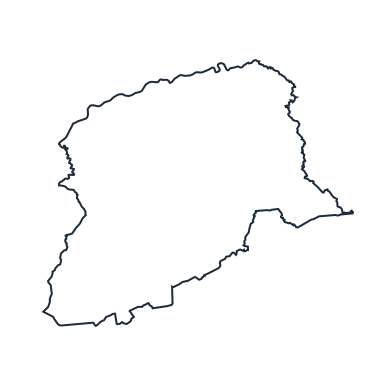 Las Lajas, El Oro, Ecuador (Mercator projection), rotated 175°
{"feature_id": "8360857B7040191128771", "entity_name": "Las Lajas", "entity_type": "district", "adm_level": 2, "iso_a3": "ECU", "parent_name": "Ecuador", "parent_adm1": "El Oro", "projection": "mercator", "projection_center": [-80.108, -3.799], "detail": "fine", "context": "isolated", "style": "outline", "palette": "slate", "viewbox_px": 384, "rotation_deg": 175, "n_neighbors": 0, "source": "geoboundaries", "source_scale": "gbopen_adm2", "svg_char_len": 5949}
<svg xmlns="http://www.w3.org/2000/svg" viewBox="0 0 384 384"><g transform="rotate(175 192 192)"><path d="M33.8,156.7L33.4,157.8L34.6,159.5L35.1,159.3L35.8,158.1L37.3,157.7L40.2,157.6L42.0,158.3L43.8,157.9L44.1,161.3L44.5,162.4L45.7,163.8L47.8,164.6L48.3,165.1L48.2,169.1L49.0,170.2L48.2,171.9L48.2,172.4L51.8,174.8L55.0,180.3L56.5,181.4L56.8,182.8L59.6,182.0L60.9,180.0L62.0,180.2L66.1,185.7L70.5,190.4L69.9,191.4L70.4,192.1L71.5,192.7L73.5,192.5L75.6,195.0L78.1,195.7L78.6,196.1L78.2,197.3L77.4,197.7L76.3,197.7L75.9,198.4L78.4,203.2L80.5,205.1L79.5,205.9L79.8,207.3L78.8,206.7L78.3,207.0L78.2,208.1L78.9,209.2L78.8,210.1L78.2,210.5L78.6,212.2L77.8,212.9L76.9,212.7L76.4,213.1L77.7,216.2L77.5,217.8L76.8,219.2L78.1,220.6L78.0,221.5L78.6,221.3L79.3,221.7L78.2,223.5L78.4,224.0L78.0,224.5L78.6,225.3L78.6,226.4L78.0,227.4L77.1,227.5L76.2,230.0L75.1,230.2L75.1,231.5L75.9,232.5L76.4,234.1L78.1,234.8L77.4,235.9L77.5,236.5L82.2,242.4L81.2,243.7L81.7,246.0L79.6,248.8L79.0,250.4L79.7,251.0L79.9,252.4L80.8,253.3L83.8,254.2L85.4,255.3L86.2,257.3L87.3,257.7L89.1,260.0L89.4,261.3L88.4,261.9L87.5,263.2L88.7,265.8L88.7,266.7L88.4,267.2L89.1,267.3L89.3,268.5L90.0,269.1L90.5,268.3L91.0,268.3L91.4,269.5L89.9,269.8L88.1,269.6L87.4,270.4L87.7,272.7L85.5,273.6L85.8,274.7L84.6,274.4L84.7,274.0L83.8,272.6L82.0,274.1L81.2,276.6L79.8,277.2L81.0,277.5L81.4,278.5L82.0,278.8L82.5,279.7L84.2,279.6L84.6,280.5L84.5,281.2L82.8,283.4L82.6,284.2L83.0,285.0L83.1,286.8L81.2,287.8L80.1,287.6L80.0,288.1L81.2,289.0L81.0,290.2L82.9,291.8L83.6,293.4L84.1,293.6L84.8,293.0L85.4,293.1L85.9,294.7L87.5,295.0L89.8,298.7L91.6,299.8L92.7,301.1L94.5,301.7L94.9,302.6L95.0,303.8L96.3,305.1L97.9,305.4L100.1,306.6L101.0,308.5L102.6,308.2L102.4,309.1L103.3,309.7L104.2,309.4L105.3,308.4L105.7,308.5L106.3,310.3L107.9,310.9L109.1,310.8L110.3,312.4L111.5,312.7L112.2,313.4L113.3,313.4L114.0,314.0L114.2,314.6L113.6,316.2L115.6,316.6L116.8,317.8L119.1,317.5L121.6,315.3L124.3,315.2L124.5,315.9L125.9,315.5L129.5,313.5L131.0,312.1L132.3,311.7L133.3,311.9L135.0,313.0L136.4,313.0L138.8,312.3L142.9,312.0L145.2,310.1L145.8,310.1L146.9,311.0L149.0,316.4L150.7,317.6L152.2,317.8L153.5,317.7L155.0,316.7L155.3,315.5L153.9,312.4L153.7,311.1L154.3,310.2L156.5,309.2L157.7,309.2L158.1,309.6L159.1,313.5L160.1,314.1L161.1,314.2L164.4,312.5L171.1,310.4L172.6,310.2L175.9,310.8L178.0,310.8L181.0,309.1L183.6,308.3L188.8,308.3L192.6,309.4L194.0,309.3L199.4,306.4L202.2,303.6L204.0,302.6L204.9,302.9L205.4,304.5L206.7,305.7L208.2,306.1L210.9,306.1L213.3,306.9L214.3,306.5L216.0,304.7L217.0,304.3L222.6,305.3L225.4,304.9L228.7,303.1L233.2,297.1L235.2,296.2L240.0,295.5L243.3,293.8L246.7,293.1L250.4,294.0L253.0,295.6L256.0,295.6L258.6,294.8L262.2,293.0L265.5,290.3L271.4,288.9L275.3,286.1L278.0,285.5L282.7,287.0L284.8,287.1L285.8,286.8L288.0,284.6L288.7,283.6L288.8,278.5L289.4,276.4L290.5,274.8L291.5,274.3L299.8,272.3L302.9,270.9L304.0,270.7L303.9,271.3L312.0,258.4L313.5,256.7L318.1,253.8L320.8,251.5L320.3,251.8L320.3,251.1L319.6,250.7L318.8,248.9L317.7,247.8L316.2,247.2L315.5,247.2L315.5,249.2L315.2,249.3L314.5,248.8L314.2,247.4L313.7,246.9L312.2,246.5L312.3,245.9L314.4,245.3L313.3,243.7L313.1,242.0L313.6,240.6L312.3,240.0L311.9,239.3L312.0,238.7L312.8,238.0L313.2,236.4L312.9,236.1L311.3,236.3L310.2,235.6L310.3,234.4L311.3,233.4L311.8,231.6L310.8,231.4L310.4,230.5L309.1,229.4L309.4,228.2L310.6,227.0L310.8,226.3L307.7,225.3L307.8,224.4L309.7,222.5L309.4,221.7L308.3,221.0L308.3,220.2L307.9,219.8L308.2,219.3L308.8,219.3L312.6,219.9L313.5,219.7L313.2,216.9L313.4,216.4L314.8,215.9L316.3,216.4L317.3,216.3L318.6,215.2L319.4,215.0L320.3,213.9L322.1,213.7L323.8,211.9L323.8,210.1L323.4,210.2L319.1,209.1L317.3,208.1L316.2,206.5L314.3,205.3L309.6,204.4L308.8,202.5L307.1,201.0L307.0,199.7L306.2,199.3L307.0,197.2L307.1,195.7L306.1,194.4L305.7,192.1L305.1,192.0L303.0,186.8L301.1,184.6L299.8,181.5L300.2,179.1L299.8,178.3L303.5,175.1L306.0,170.9L307.8,168.9L310.5,166.6L315.0,161.1L317.6,160.4L320.8,160.2L321.7,159.4L320.7,158.7L321.2,158.1L321.3,156.3L322.1,156.1L322.6,154.2L322.1,153.1L322.2,152.4L321.2,151.6L321.6,149.6L320.9,148.3L321.0,147.7L322.5,145.1L324.4,145.0L327.9,142.1L329.1,137.8L328.4,135.9L328.9,133.3L329.6,131.5L332.1,130.5L335.0,127.6L335.6,126.0L337.8,124.9L337.9,123.3L339.3,119.8L343.1,115.9L343.0,114.6L340.9,111.6L340.5,102.9L342.9,98.2L343.3,94.5L345.4,89.9L350.6,85.7L341.0,79.6L340.5,77.9L337.3,72.3L335.8,71.0L334.9,70.6L333.9,70.4L301.9,70.4L301.4,70.2L300.7,68.2L299.5,67.0L297.2,68.3L295.5,69.9L293.8,70.9L290.8,72.0L288.4,75.0L283.3,76.5L281.8,77.4L280.2,77.6L279.3,77.5L278.5,67.2L277.8,66.8L275.2,67.0L273.1,68.5L272.6,68.4L271.7,67.2L268.6,66.2L264.5,68.5L263.3,71.1L260.8,72.6L264.5,78.9L264.1,79.2L255.8,82.3L251.8,81.9L250.2,83.3L248.0,83.9L245.7,85.1L244.8,84.9L244.2,83.1L241.9,81.3L241.4,79.6L226.4,80.5L222.2,81.3L221.1,82.5L220.1,99.3L219.4,98.7L212.9,101.1L209.2,103.2L203.8,103.9L196.9,107.0L195.9,106.9L192.6,104.0L190.3,104.6L189.3,106.1L188.5,106.2L187.6,107.3L186.7,107.4L187.0,108.1L186.5,108.3L183.9,109.1L172.2,113.8L170.6,115.4L170.1,116.5L170.5,118.8L169.8,120.6L164.9,122.5L163.5,124.6L160.1,124.8L157.0,128.1L155.5,127.8L153.7,125.5L153.1,126.1L152.6,129.2L149.6,130.4L148.7,130.4L146.6,129.1L145.3,129.9L145.1,128.4L143.5,128.6L142.1,129.4L141.3,129.3L141.1,132.8L144.5,133.6L145.3,134.3L144.1,135.6L144.2,138.4L143.0,139.9L142.9,142.4L139.1,146.7L137.4,152.3L136.8,153.4L136.6,154.6L135.7,155.6L134.5,156.1L133.5,157.2L133.9,158.4L131.6,162.5L132.4,162.8L132.6,163.7L130.8,165.6L130.0,166.0L130.1,167.5L118.6,167.4L116.0,166.7L114.7,167.3L107.6,167.6L106.0,164.9L105.1,163.9L104.4,162.1L104.3,161.0L105.5,159.9L105.4,159.0L104.7,158.2L103.6,158.3L103.4,156.5L102.2,156.0L102.9,155.3L102.5,154.3L101.8,153.7L100.3,153.4L98.8,152.4L97.2,152.8L93.8,150.0L93.3,150.8L92.1,149.5L91.4,148.0L89.8,147.4L75.2,154.2L73.5,154.3L67.4,156.7L51.3,156.6L48.7,155.8L45.6,156.6L33.8,156.7Z" fill="none" stroke="#1e293b" stroke-width="2"/></g></svg>